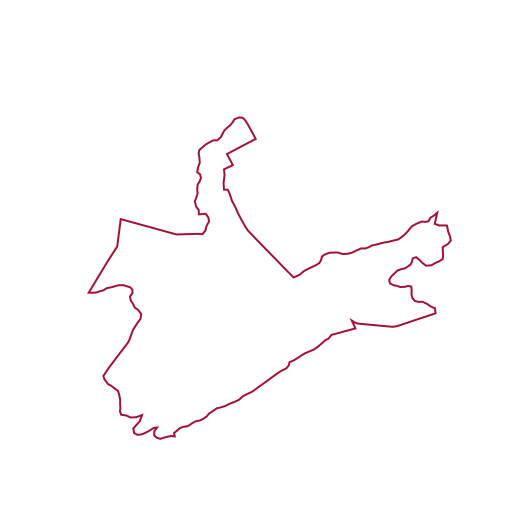 the district of Patos, Paraíba, Brazil, rotated 157°
{"feature_id": "56859067B38677350755307", "entity_name": "Patos", "entity_type": "district", "adm_level": 2, "iso_a3": "BRA", "parent_name": "Brazil", "parent_adm1": "Paraíba", "projection": "orthographic", "projection_center": [-37.346, -7.03], "detail": "fine", "context": "isolated", "style": "outline", "palette": "rose", "viewbox_px": 512, "rotation_deg": 157, "n_neighbors": 0, "source": "geoboundaries", "source_scale": "gbopen_adm2", "svg_char_len": 3203}
<svg xmlns="http://www.w3.org/2000/svg" viewBox="0 0 512 512"><g transform="rotate(157 256 256)"><path d="M424.3,287.6L419.8,285.6L416.8,284.7L413.7,284.6L409.8,284.0L406.0,284.7L401.1,283.7L394.0,282.8L389.2,280.8L383.9,276.2L383.0,273.1L384.3,270.0L387.8,268.0L388.7,263.8L387.9,260.1L387.8,255.8L385.7,252.8L384.3,247.5L387.0,243.2L391.3,240.7L394.2,238.7L397.9,236.2L405.9,227.7L408.5,225.8L419.1,219.8L435.0,210.7L443.4,205.2L443.7,201.9L442.2,195.8L440.1,193.3L438.2,189.9L435.7,185.7L436.2,181.4L437.2,176.8L439.2,172.1L440.2,169.1L441.9,166.2L442.1,162.5L437.6,159.8L434.7,156.5L429.4,154.4L423.1,154.1L427.3,149.5L436.4,145.1L437.4,140.7L435.1,137.8L431.4,136.5L427.9,136.4L422.8,136.8L417.1,137.7L414.1,136.7L418.1,134.4L419.8,130.6L418.5,127.7L415.6,125.1L409.6,124.5L404.3,123.4L401.3,121.7L400.5,125.1L397.5,125.9L393.3,127.3L389.7,127.2L385.4,126.0L379.3,127.1L375.9,127.4L372.1,126.5L368.1,126.7L364.0,127.6L361.1,129.2L356.8,130.0L351.6,131.1L348.1,130.5L343.4,129.9L338.1,130.3L333.0,130.1L327.7,130.3L322.8,132.1L317.6,132.4L312.5,132.6L307.3,133.8L282.6,139.5L277.9,140.4L272.1,140.7L268.7,142.4L266.5,145.2L262.5,145.1L257.3,145.9L252.9,146.7L248.7,147.3L243.0,147.3L239.2,147.3L234.4,148.3L229.2,150.0L225.0,151.5L221.8,151.5L217.3,153.9L192.8,150.5L193.0,159.1L190.9,156.0L188.5,153.9L163.3,140.3L157.6,137.3L153.3,136.3L113.1,133.1L111.7,138.0L114.7,141.0L117.2,145.0L120.5,148.7L124.3,150.3L127.3,152.4L128.5,156.6L127.9,159.8L126.2,163.4L125.0,167.2L127.7,169.0L130.8,169.4L135.4,171.1L137.9,173.4L140.6,175.2L143.3,178.3L142.8,181.9L139.9,184.1L135.6,185.8L131.4,187.3L127.9,187.2L123.5,186.4L120.5,187.0L117.1,187.7L114.6,189.9L112.6,192.6L109.1,192.4L107.0,188.5L105.7,184.8L103.2,180.6L98.0,178.9L94.0,179.5L89.8,179.5L85.4,180.2L83.8,182.8L82.4,186.8L80.7,191.2L74.5,192.1L70.6,194.2L69.8,198.2L69.6,203.0L68.3,209.4L72.3,211.3L75.3,212.4L78.9,215.8L75.7,220.2L72.3,225.1L76.3,223.7L80.4,223.1L83.7,220.5L86.7,221.2L89.8,222.9L95.7,223.0L100.5,222.5L103.4,221.2L106.9,219.3L110.9,217.6L114.3,216.6L118.4,215.7L122.3,216.3L125.6,216.9L129.0,217.3L132.9,218.4L136.8,219.0L140.7,219.5L145.0,220.4L149.2,220.0L152.9,220.3L156.1,221.9L161.5,221.8L165.8,221.5L171.0,222.3L175.4,223.9L179.6,227.4L183.2,228.8L187.3,230.3L191.8,230.5L195.5,229.8L197.6,226.9L200.5,224.7L204.1,224.2L208.2,224.0L212.6,223.8L217.8,223.4L222.7,221.8L226.4,221.5L229.9,221.7L248.5,269.4L253.6,282.9L254.4,287.5L255.4,296.6L255.9,303.0L255.9,307.4L256.1,312.1L256.6,315.7L255.9,323.9L256.1,328.0L259.5,329.6L257.4,335.7L253.2,343.0L251.6,348.3L241.8,348.7L242.9,361.2L210.5,363.9L212.1,380.3L213.0,385.4L214.2,388.4L217.3,390.1L222.4,390.3L224.9,388.4L228.8,386.4L232.8,385.2L236.0,384.0L238.4,382.1L242.0,379.1L246.7,377.6L249.8,379.1L253.6,378.9L258.6,378.3L262.5,377.1L266.7,375.7L268.7,372.9L269.6,368.8L271.4,363.7L274.6,360.3L277.4,356.1L275.6,353.0L276.2,349.3L278.6,346.8L281.9,344.4L284.0,340.5L285.3,336.4L288.5,332.6L291.0,330.2L291.8,324.8L290.8,320.6L292.3,316.7L289.0,315.5L285.8,314.5L284.8,310.1L285.8,306.1L289.8,303.0L292.7,299.1L296.8,297.0L300.1,298.8L320.8,306.9L366.1,342.8L380.1,318.9L389.0,312.9L397.9,306.7L424.3,287.6Z" fill="none" stroke="#9f1239" stroke-width="2"/></g></svg>